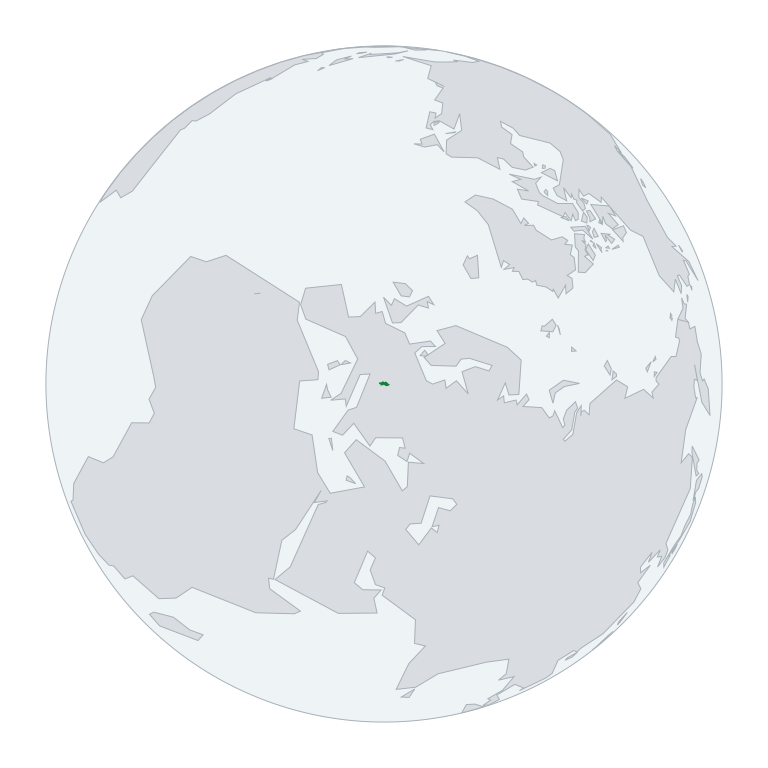 the Earth from above Burgenland, rotated 71°
{"feature_id": "AUT-2322", "entity_name": "Burgenland", "entity_type": "State", "adm_level": 1, "iso_a3": "AUT", "parent_name": "Austria", "parent_adm1": "", "projection": "orthographic", "projection_center": [16.54, 47.475], "detail": "fine", "context": "on_globe", "style": "filled", "palette": "green", "viewbox_px": 768, "rotation_deg": 71, "n_neighbors": 0, "source": "natural_earth", "source_scale": "10m", "svg_char_len": 12061}
<svg xmlns="http://www.w3.org/2000/svg" viewBox="0 0 768 768"><g transform="rotate(71 384 384)"><circle cx="384" cy="384" r="338" fill="#eef3f6" stroke="#a8b0b8"/><path d="M62.1,281.2L64.9,272.7L68.0,264.4L87.1,222.5L79.8,237.5L82.0,234.9L78.5,245.7L70.8,257.6L62.9,282.3L57.8,296.1L54.1,310.9L52.7,319.7L50.5,335.2L52.5,333.9L54.2,342.0L50.5,355.6L54.3,350.8L53.2,364.6L58.7,390.6L57.4,391.6L61.4,429.8L71.8,460.9L74.2,476.3L72.4,479.5L77.3,489.6L77.5,493.7L102.5,532.7L119.7,559.1L122.2,572.3L113.6,574.0L119.7,593.5L112.4,585.0L98.4,564.7L86.0,543.4L75.2,521.3L66.0,498.4L58.6,475.0L52.8,451.0L48.8,426.7L46.6,402.2L46.1,377.5L47.5,352.9L50.8,330.7L52.1,322.4L51.6,323.4L53.4,314.0L62.1,281.2ZM160.5,130.6L168.3,123.9L164.1,127.4L175.1,118.4L179.7,114.9L194.9,104.0L221.6,88.8L242.9,84.3L233.5,88.5L239.7,87.6L251.9,82.6L258.5,79.7L296.4,75.4L337.7,68.2L348.7,62.9L347.9,67.0L367.4,55.9L388.5,53.4L365.9,58.3L364.5,60.6L379.4,59.5L381.2,61.7L389.5,62.7L390.3,65.7L377.0,69.2L377.3,71.4L387.8,70.6L395.3,73.6L379.7,74.4L391.2,80.0L371.1,88.5L328.8,91.0L318.7,100.8L278.1,117.7L282.9,119.6L270.5,128.3L271.4,134.1L263.6,136.3L271.1,139.1L278.1,136.1L283.7,136.5L284.9,139.9L275.1,142.9L273.1,141.7L270.9,144.4L265.5,144.7L268.8,146.5L256.9,150.3L270.3,151.6L262.2,159.0L253.8,160.2L252.7,153.3L230.3,141.5L221.5,141.8L210.2,148.6L193.2,174.8L184.2,178.5L173.6,188.4L179.4,189.1L189.8,181.7L197.9,186.1L209.7,177.3L214.7,178.0L227.5,172.4L227.7,180.7L220.9,192.2L210.2,197.7L206.9,203.1L218.8,204.5L200.6,221.8L191.5,246.2L186.5,250.3L173.8,245.4L169.5,228.0L153.0,224.4L165.7,234.8L153.1,246.0L151.9,251.5L153.9,255.9L159.4,255.0L155.6,260.8L141.5,252.1L144.8,246.6L149.2,249.2L147.1,241.5L137.5,236.9L131.9,243.6L123.4,231.8L119.3,236.7L115.1,237.3L122.3,230.1L109.3,243.2L98.4,235.7L80.5,259.6L95.8,231.6L99.9,220.3L103.3,209.4L100.3,213.0L108.9,195.4L109.7,189.3L99.6,201.7L90.7,216.2L105.4,192.7L122.1,170.5L140.4,149.8L160.5,130.6ZM75.6,265.8L67.1,301.9L67.1,288.9L67.9,289.6L71.1,278.7L75.4,262.8L76.8,252.7L75.6,265.8ZM82.7,264.9L83.7,259.7L83.4,263.9L82.7,264.9ZM261.1,78.2L252.0,82.4L240.2,86.4L247.6,82.5L261.1,78.2ZM283.7,72.6L279.9,74.8L273.3,74.5L277.5,73.3L283.7,72.6ZM356.2,59.1L348.5,60.3L355.4,58.4L356.2,59.1ZM390.5,62.3L392.1,61.4L395.7,62.4L390.5,62.3ZM226.6,168.3L227.0,170.3L224.4,170.2L226.6,168.3ZM231.7,164.1L228.4,162.6L230.4,160.4L232.4,161.4L231.7,164.1ZM400.2,68.0L405.5,70.2L397.8,68.5L400.2,68.0ZM235.4,166.4L234.2,156.8L237.8,153.1L248.4,153.8L235.4,166.4ZM407.0,71.9L419.9,77.9L424.7,76.1L418.5,85.1L409.6,76.6L399.4,74.6L406.1,74.0L407.0,71.9ZM279.8,133.7L272.4,137.1L277.4,131.3L279.8,133.7ZM281.6,130.0L289.1,113.0L300.5,110.3L295.7,116.3L309.7,110.7L311.6,117.6L304.4,122.3L296.6,122.5L303.3,125.1L281.6,130.0ZM413.1,89.5L414.2,91.8L410.5,90.1L413.1,89.5ZM286.3,136.3L286.8,132.9L296.8,130.1L297.6,136.5L294.1,135.3L286.3,136.3ZM312.4,106.1L319.9,105.5L323.6,110.8L327.0,111.4L312.6,117.6L312.4,106.1ZM292.5,137.6L297.8,139.8L294.2,144.3L286.5,139.4L292.5,137.6ZM299.0,126.8L303.8,125.9L301.4,128.4L299.0,126.8ZM284.3,162.2L284.7,157.7L289.9,155.8L284.3,162.2ZM300.0,140.4L301.2,138.9L303.3,137.8L306.0,140.2L300.0,140.4ZM316.2,121.1L316.1,123.7L322.3,118.8L325.2,123.0L315.1,126.5L320.7,126.8L321.6,128.1L312.3,129.6L316.2,121.1ZM315.0,139.4L303.2,146.0L301.4,154.5L296.6,156.3L300.4,142.4L315.0,139.4ZM314.3,133.4L313.7,137.5L308.1,137.4L305.1,134.7L314.3,133.4ZM330.9,124.7L329.0,117.4L331.2,116.9L330.9,124.7ZM315.6,141.8L318.4,140.2L316.1,142.4L315.6,141.8ZM327.4,129.9L326.4,127.2L329.1,126.7L327.4,129.9ZM325.0,139.4L321.1,141.4L319.0,139.5L325.0,139.4ZM327.0,135.0L330.8,135.0L320.5,137.6L326.1,133.9L327.0,135.0ZM330.1,129.8L331.3,128.7L330.1,131.0L330.1,129.8ZM335.4,146.0L322.9,149.7L318.1,145.2L330.9,142.2L335.4,146.0ZM225.2,574.5L200.5,525.2L210.6,512.2L210.9,491.5L279.2,437.3L295.4,445.3L351.1,441.9L358.4,445.1L353.7,462.8L397.0,483.8L408.8,468.6L446.2,475.6L469.8,470.4L475.0,435.9L436.2,443.7L427.6,428.4L457.3,408.1L491.0,401.5L488.7,395.4L465.9,386.4L472.1,372.3L457.8,382.3L464.8,387.5L456.0,394.3L449.1,390.0L451.6,384.9L441.0,384.0L432.1,409.4L438.1,417.5L411.3,425.4L418.9,439.9L412.2,447.8L396.9,426.3L397.2,417.6L370.0,393.9L367.3,403.5L392.7,426.9L385.5,425.4L382.0,439.7L378.9,427.6L351.8,400.7L326.6,404.9L297.2,436.8L281.9,437.0L267.9,426.9L276.0,391.9L309.2,395.7L312.5,384.4L303.6,365.8L314.4,368.9L314.9,362.1L327.2,362.8L342.4,347.7L354.6,346.8L358.5,326.1L365.3,323.1L361.0,336.0L364.6,344.8L394.7,342.9L399.9,338.1L400.0,325.2L408.3,326.7L404.5,314.5L420.8,307.6L397.8,306.2L397.3,292.0L405.9,280.4L401.6,275.8L387.5,294.9L385.6,303.0L390.6,310.1L381.8,333.3L372.0,337.4L365.5,313.0L350.8,316.5L352.2,297.0L389.4,255.5L406.0,246.5L437.8,259.9L435.1,269.4L422.4,269.0L436.1,281.8L434.1,274.7L440.9,276.4L442.2,264.3L447.1,264.9L439.9,252.5L446.1,252.0L450.5,259.9L457.7,242.5L469.9,238.8L469.2,234.6L464.9,231.3L483.3,229.3L481.9,226.4L475.4,225.8L468.3,219.9L463.1,208.8L469.8,208.7L472.6,212.7L488.4,221.4L494.8,232.6L497.0,231.5L493.1,221.8L473.7,211.1L468.7,204.6L478.4,208.3L474.5,206.4L474.1,203.2L479.9,200.1L469.5,195.6L455.9,162.9L465.9,154.5L476.0,160.9L473.6,140.3L485.0,134.0L478.9,133.3L473.6,124.0L470.0,125.7L466.7,124.8L451.5,103.5L453.1,99.0L439.7,90.6L436.5,90.4L434.6,93.1L418.5,85.1L424.7,76.1L431.5,76.8L430.7,71.3L446.3,74.0L458.9,74.3L476.4,81.6L484.8,81.8L483.5,79.7L494.0,79.0L520.0,86.0L504.6,89.4L466.7,84.0L482.7,86.6L480.7,89.0L487.5,91.9L498.6,93.9L498.8,92.3L525.2,113.5L555.3,128.7L549.1,118.6L553.8,116.3L582.6,128.5L626.5,169.3L633.3,169.6L639.4,174.6L646.1,184.9L637.4,177.7L636.6,181.9L630.7,176.7L638.6,192.0L630.4,185.3L640.6,201.1L646.0,202.8L642.1,191.2L654.4,208.7L661.2,207.8L671.4,218.6L691.4,258.2L697.8,283.5L700.1,288.7L697.8,291.5L702.0,309.5L712.3,319.2L714.6,326.5L718.0,355.8L716.8,350.9L710.6,358.2L714.8,378.6L719.7,377.5L721.6,388.9L720.2,395.3L717.6,386.1L715.4,388.2L712.2,371.7L703.0,356.3L701.3,372.1L697.7,362.7L684.8,355.5L680.3,377.9L675.6,427.2L681.0,452.9L676.7,471.9L656.4,451.5L645.2,430.2L639.2,439.6L617.2,431.0L583.1,454.5L577.1,449.7L570.9,457.4L555.3,457.6L545.6,448.7L536.7,453.9L562.2,476.8L571.6,471.1L577.8,453.8L583.3,463.4L598.3,465.1L586.0,501.9L533.4,550.7L526.4,532.2L476.6,485.5L477.0,478.0L476.8,477.2L476.0,475.9L473.4,488.5L464.2,478.1L492.8,515.0L498.5,531.5L532.7,552.1L530.0,556.4L540.4,558.7L571.5,537.0L572.1,543.5L558.6,579.6L513.8,631.7L518.7,650.3L513.7,666.7L483.6,683.9L484.0,692.4L468.1,698.8L465.6,703.1L451.6,709.4L429.0,715.5L393.0,718.2L392.4,715.8L377.0,709.7L356.4,687.2L367.2,674.9L364.7,663.9L338.5,635.2L344.4,618.7L336.9,610.7L321.8,611.1L312.9,601.0L303.6,599.5L244.2,592.6L225.2,574.5ZM257.9,471.2L256.5,477.5L257.9,471.2ZM528.5,410.8L547.4,403.5L535.5,386.1L541.8,382.1L535.5,378.0L534.6,385.0L518.6,372.7L525.5,362.7L521.5,354.3L514.9,356.4L504.8,376.9L527.7,394.2L524.8,404.8L528.5,410.8ZM59.0,391.3L59.2,397.1L58.0,392.9L59.0,391.3ZM64.6,292.1L63.9,297.7L62.8,302.5L62.8,299.1L64.6,292.1ZM65.6,337.6L66.1,344.9L64.4,339.5L65.6,337.6ZM66.3,307.3L65.0,332.3L62.1,323.5L63.3,308.0L63.9,315.5L66.3,307.3ZM77.8,269.5L76.9,273.7L75.5,275.0L77.8,269.5ZM82.4,268.0L82.4,266.9L83.9,263.4L82.4,268.0ZM154.0,246.4L155.0,247.3L155.8,252.5L153.1,251.6L154.0,246.4ZM173.2,268.4L166.6,277.5L169.5,270.0L164.4,270.0L164.2,255.0L184.1,251.6L175.1,255.6L173.2,268.4ZM169.4,235.0L167.3,244.3L168.9,234.3L169.4,235.0ZM305.1,326.6L309.9,331.6L306.2,339.1L290.7,342.2L296.0,331.2L305.1,326.6ZM317.7,337.3L315.6,313.4L325.2,311.1L320.2,316.3L326.7,317.2L320.4,325.9L331.5,348.0L329.0,356.1L301.8,356.2L312.1,351.4L306.7,346.4L317.7,337.3ZM293.5,262.4L292.7,253.7L314.4,259.8L312.6,267.4L297.1,270.4L290.0,263.4L293.5,262.4ZM254.4,170.1L252.7,167.6L255.4,166.6L259.1,167.9L254.4,170.1ZM284.1,160.2L264.7,180.5L261.8,178.5L253.9,193.7L243.2,194.4L248.6,184.4L234.4,196.8L235.0,188.1L226.3,197.3L239.5,175.0L239.5,168.2L243.6,175.3L253.5,174.7L257.8,172.4L269.9,161.0L274.7,146.9L285.3,144.6L291.5,146.8L291.9,149.8L284.9,150.2L290.6,154.0L280.8,157.0L284.1,160.2ZM358.0,182.5L349.7,180.1L359.4,191.3L349.6,193.1L351.4,194.3L345.0,199.2L340.3,207.4L335.6,207.0L335.9,210.5L331.6,214.0L330.4,218.7L321.5,219.9L319.2,225.9L316.3,223.1L314.7,233.2L311.9,226.3L306.2,230.8L311.9,235.1L267.2,233.5L250.6,239.3L238.2,248.2L235.1,236.1L244.7,220.5L260.5,205.7L276.9,202.3L272.5,197.8L279.1,195.0L279.8,199.7L282.6,190.9L288.2,190.0L302.3,178.8L302.9,167.5L308.1,163.5L310.7,167.5L314.0,160.7L322.4,165.7L326.3,163.0L338.4,165.7L341.1,175.5L345.3,171.8L354.7,174.1L358.0,182.5ZM338.7,147.0L344.2,157.5L341.5,163.9L321.5,156.8L316.8,158.5L303.9,154.9L308.0,145.8L311.3,147.6L315.5,147.3L312.6,150.2L318.1,147.7L322.8,150.2L328.4,149.1L328.6,152.7L338.7,147.0ZM365.6,438.4L371.0,439.2L379.3,438.3L377.2,447.6L365.6,438.4ZM346.8,420.4L351.6,419.3L352.7,431.4L347.0,430.9L346.8,420.4ZM353.2,408.9L351.7,418.4L349.2,412.9L353.2,408.9ZM365.3,334.5L370.3,332.9L371.2,335.9L368.9,340.5L365.3,334.5ZM384.8,218.4L380.4,215.5L381.7,213.7L377.6,203.8L384.5,202.1L389.6,207.3L384.8,218.4ZM469.0,443.2L462.7,451.1L458.9,448.8L461.8,446.5L469.0,443.2ZM418.2,451.4L430.3,454.1L417.5,453.9L418.2,451.4ZM391.6,214.9L389.1,210.9L394.1,212.6L391.6,214.9ZM389.3,200.4L395.0,201.3L384.8,200.7L389.3,200.4ZM566.0,643.4L539.8,674.8L525.4,680.7L524.8,675.9L535.9,659.1L553.2,647.8L562.3,636.7L566.0,643.4ZM720.4,415.6L720.2,417.4L713.9,410.5L716.3,402.1L721.5,395.3L721.4,400.3L721.6,399.3L720.4,415.6ZM682.3,454.1L688.5,462.4L685.6,469.6L682.3,454.1ZM703.3,273.5L703.2,273.1L702.0,269.7L702.4,270.9L703.3,273.5ZM703.4,295.2L704.2,302.8L702.6,299.7L700.5,288.3L703.4,295.2ZM679.2,228.3L685.4,237.5L687.8,241.9L685.1,239.2L679.2,228.3ZM447.1,198.9L445.1,214.2L448.2,225.0L457.2,230.5L443.7,229.8L438.9,213.1L447.1,198.9ZM454.2,167.1L446.3,163.1L450.1,161.0L452.5,161.6L454.2,167.1ZM449.1,167.4L438.7,169.9L434.5,165.2L443.6,164.1L449.1,167.4ZM415.3,191.6L414.2,196.1L410.2,194.5L415.3,191.6ZM701.2,267.6L702.2,270.4L694.7,253.7L692.5,247.7L699.1,262.3L699.1,261.8L701.2,267.6ZM638.5,167.2L634.8,164.4L630.7,158.7L634.4,162.2L638.5,167.2ZM613.9,139.5L628.4,156.4L639.4,171.1L639.4,169.5L648.2,179.0L644.2,177.7L631.3,162.4L624.2,152.6L616.3,146.0L607.0,136.5L598.5,131.5L592.1,126.3L597.7,128.0L613.9,139.5ZM595.0,129.8L576.8,119.9L572.3,112.8L575.2,113.3L585.5,120.7L587.3,124.0L595.0,129.8ZM571.1,115.5L572.6,118.8L549.1,115.2L543.0,112.8L558.5,110.8L560.8,113.9L567.4,116.4L571.1,115.5ZM417.5,91.1L414.5,91.7L415.6,89.9L417.5,91.1ZM464.8,126.0L460.5,124.4L461.9,122.0L464.8,126.0ZM449.2,118.8L450.6,122.6L446.4,118.6L449.2,118.8ZM454.3,131.3L449.9,124.1L458.1,131.0L454.3,131.3Z" fill="#d9dde1" stroke="#a8b0b8" stroke-width="1"/><path d="M386.4,380.9L386.2,381.1L386.2,381.3L386.1,381.5L385.9,381.7L385.8,381.8L386.0,381.9L386.0,382.0L386.0,382.3L386.0,382.5L385.8,382.7L385.4,382.8L385.3,382.7L385.2,382.6L385.1,382.8L384.8,382.8L384.7,382.7L384.3,382.4L384.1,382.4L383.9,382.5L383.7,382.7L383.7,382.8L383.6,382.7L383.6,382.8L383.8,383.0L384.1,383.1L384.3,383.1L384.5,383.3L384.4,383.5L384.5,383.5L384.5,383.8L384.4,383.8L384.4,384.1L384.2,384.3L383.8,384.5L383.7,384.4L383.6,384.5L383.5,384.8L383.7,385.1L383.7,385.3L383.5,385.5L383.6,385.8L383.6,386.0L383.8,385.9L383.9,386.0L383.7,386.2L383.7,386.3L383.8,386.4L383.8,386.5L383.6,386.6L383.8,386.7L383.8,386.8L383.7,386.8L383.4,386.8L383.1,386.8L382.9,386.8L382.8,387.0L382.7,387.1L382.5,387.3L382.3,387.5L382.2,387.6L382.0,387.8L381.9,387.8L381.9,387.7L381.9,387.4L381.9,387.2L382.0,387.1L382.2,386.9L382.3,386.7L382.2,386.4L382.2,386.2L382.2,385.8L382.1,385.4L382.1,385.1L382.0,384.9L381.9,384.6L382.0,384.4L382.1,384.5L382.2,384.4L382.4,384.2L382.7,384.2L382.8,384.2L383.1,383.8L383.2,383.7L383.1,383.4L383.3,383.0L383.2,382.8L383.1,382.7L383.0,382.1L383.3,382.0L383.3,381.9L383.3,381.7L383.6,381.3L383.9,381.3L384.1,381.4L384.3,381.3L384.4,381.2L384.5,381.1L384.7,380.8L384.8,380.7L385.1,380.6L385.3,380.5L385.5,380.5L385.7,380.4L385.8,380.3L386.0,380.3L386.1,380.2L386.1,380.3L386.0,380.5L386.3,380.8L386.4,380.9Z" fill="#22c55e" stroke="#15803d" stroke-width="1.5"/></g></svg>